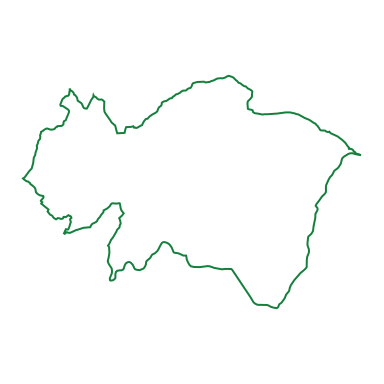 Nadrag, Timis, Romania
{"feature_id": "2599482B73487370239744", "entity_name": "Nadrag", "entity_type": "district", "adm_level": 2, "iso_a3": "ROU", "parent_name": "Romania", "parent_adm1": "Timis", "projection": "mercator", "projection_center": [22.192, 45.643], "detail": "fine", "context": "isolated", "style": "outline", "palette": "green", "viewbox_px": 384, "rotation_deg": 0, "n_neighbors": 0, "source": "geoboundaries", "source_scale": "gbopen_adm2", "svg_char_len": 5872}
<svg xmlns="http://www.w3.org/2000/svg" viewBox="0 0 384 384"><path d="M294.3,280.1L300.5,273.0L304.5,269.7L306.2,267.9L306.7,267.0L306.8,260.0L307.2,256.8L308.6,253.4L308.9,252.3L309.0,251.2L308.8,249.1L307.5,245.2L307.5,243.0L308.1,237.4L308.5,236.4L311.3,233.9L312.6,231.8L313.0,231.0L313.6,226.1L315.3,217.9L315.4,214.0L317.4,210.2L317.6,209.2L317.5,208.2L315.7,205.8L316.3,204.3L319.6,200.0L321.9,196.6L324.2,194.4L325.4,193.0L325.8,192.3L326.0,190.8L325.9,188.0L326.1,185.3L328.5,179.8L330.0,177.2L332.2,174.9L334.1,171.1L334.9,170.3L337.2,168.6L338.4,167.5L339.3,166.1L340.8,163.7L342.1,158.5L343.6,156.9L348.2,154.0L349.8,153.4L352.2,153.2L356.6,154.4L361.0,155.2L359.0,154.3L356.0,153.5L354.7,151.8L353.6,151.2L353.0,150.1L351.9,149.2L350.1,148.8L348.9,148.9L348.8,148.6L349.2,147.9L347.1,145.5L345.8,143.4L344.7,142.2L342.2,139.9L337.6,136.4L331.0,133.4L330.3,132.9L329.4,131.7L328.5,132.0L327.9,132.0L326.6,131.7L324.8,130.5L323.3,130.6L320.8,130.3L319.9,129.7L319.4,128.5L317.9,126.5L317.5,125.8L316.6,125.1L315.6,123.9L314.6,123.2L313.6,122.8L309.4,119.9L304.8,118.0L298.3,114.4L296.4,114.1L294.2,113.2L292.7,113.1L290.8,112.5L288.6,112.4L285.8,112.4L276.8,113.6L266.3,114.3L265.0,114.2L262.2,114.5L257.9,113.6L254.7,113.2L253.1,112.1L252.6,110.3L251.5,109.8L248.9,109.3L247.9,108.8L247.5,104.1L247.6,102.3L247.7,101.7L248.3,100.9L250.6,98.6L251.9,96.8L252.0,94.4L252.3,91.8L251.9,90.8L249.8,89.4L247.9,88.5L245.6,86.3L244.3,86.2L243.1,85.5L240.5,83.4L238.5,82.7L237.0,80.9L235.7,80.0L233.6,77.7L232.0,76.9L229.3,76.0L228.4,75.9L227.2,76.3L225.1,77.6L222.4,78.4L220.8,78.2L218.3,78.4L216.6,78.8L213.8,80.4L211.9,80.9L209.5,81.9L206.1,82.4L205.4,82.4L204.0,81.7L197.2,82.0L193.1,83.2L192.4,84.1L191.6,86.3L190.9,87.5L190.5,87.9L188.4,88.5L187.2,89.3L186.4,90.2L185.7,90.5L182.8,90.7L181.1,91.7L180.2,92.6L177.7,94.0L176.2,94.3L175.7,94.6L174.6,95.7L172.6,97.0L171.9,98.1L169.6,98.6L166.5,100.9L164.3,101.3L162.5,102.1L161.8,102.9L161.6,104.7L161.2,105.5L161.0,105.9L159.2,107.1L158.8,107.6L158.0,109.3L157.3,111.3L155.7,112.7L152.1,114.6L151.0,115.5L149.7,116.3L147.6,118.7L145.8,119.0L144.1,121.1L143.0,123.0L142.1,125.1L140.7,125.7L136.9,127.9L135.8,127.9L134.8,127.4L134.1,127.7L133.9,127.5L133.3,126.3L131.0,126.9L126.2,127.1L125.4,129.2L124.6,132.8L123.0,133.0L117.3,133.3L116.5,130.8L115.2,125.6L111.6,122.5L109.6,119.3L105.7,113.8L104.5,111.7L104.1,108.5L104.3,101.6L102.6,100.0L101.6,99.5L99.0,99.6L98.4,99.4L97.4,98.7L95.9,97.2L94.3,96.4L93.8,95.9L93.5,95.3L93.2,97.2L92.1,98.6L91.0,100.4L87.9,106.7L86.8,108.6L85.2,108.5L83.9,108.0L83.3,107.1L82.0,104.2L81.4,103.2L77.7,100.7L77.2,98.3L76.9,97.4L75.1,95.0L74.5,94.9L74.0,94.5L73.5,92.7L72.2,91.3L71.0,90.6L70.3,89.9L69.7,88.5L69.7,91.7L69.3,92.1L69.3,93.5L68.8,95.1L68.4,95.7L66.5,96.0L65.4,96.7L65.0,96.7L64.6,97.3L62.5,99.1L60.4,104.3L60.4,105.3L60.7,105.8L62.8,106.0L63.5,106.6L64.6,107.1L65.5,107.9L67.8,109.3L68.6,110.2L69.0,110.9L69.0,111.9L68.4,113.8L66.6,117.9L66.0,119.7L65.7,120.3L64.0,121.2L63.5,122.3L63.5,123.9L63.3,124.4L62.6,125.2L61.6,125.9L57.8,126.1L57.4,126.2L57.0,126.9L56.5,126.9L55.5,127.7L54.6,128.9L52.5,129.6L50.5,129.6L47.2,128.5L46.6,128.5L44.3,129.7L42.4,131.2L41.1,131.8L40.9,133.2L40.1,135.2L40.3,136.9L40.0,138.9L38.4,140.8L37.7,143.8L36.8,145.6L37.0,147.3L37.0,148.4L35.6,152.4L35.2,155.0L33.8,157.7L33.2,163.0L31.7,168.5L29.1,171.3L24.6,177.5L23.0,178.4L23.8,179.3L26.2,181.0L27.3,181.5L28.3,181.6L29.1,182.5L30.2,183.2L30.4,184.1L32.6,185.7L34.3,187.2L35.2,188.5L35.5,189.6L36.0,192.3L36.8,193.2L38.2,194.4L39.8,195.3L43.3,196.0L43.5,196.8L43.4,197.8L40.8,200.7L40.8,200.9L42.3,202.2L41.2,203.6L48.5,209.5L47.6,211.6L47.9,212.0L48.8,212.9L49.8,214.4L52.2,215.7L52.6,216.2L53.2,217.3L54.4,218.4L56.1,219.3L57.8,218.1L59.4,218.3L60.4,218.8L61.9,218.9L63.0,218.3L63.5,217.0L64.0,216.8L65.6,217.1L66.4,216.8L67.8,215.5L68.5,215.2L69.6,216.0L70.4,216.1L71.1,216.8L71.4,218.0L70.3,218.8L70.1,219.3L70.2,220.1L70.7,221.3L70.8,222.3L70.1,224.0L69.5,226.4L68.5,228.9L68.2,229.4L67.3,229.6L65.9,229.2L64.0,233.3L64.8,233.8L66.5,232.3L66.9,232.2L68.4,232.8L70.2,232.8L76.5,229.9L77.4,229.8L83.5,227.8L90.3,227.2L90.9,225.6L92.2,223.9L95.7,222.2L96.9,221.3L98.1,218.9L99.9,217.0L101.0,215.1L103.3,212.3L103.6,211.2L103.6,210.4L107.0,208.6L109.6,206.4L110.9,204.4L111.4,203.7L112.6,203.3L116.7,203.6L119.3,203.2L119.7,203.3L120.1,204.7L120.7,208.4L121.5,210.6L123.7,213.3L122.1,215.5L119.2,218.1L120.0,220.2L120.6,222.9L120.6,223.8L119.9,225.0L119.7,225.8L119.6,227.0L118.6,228.4L117.5,229.3L117.1,229.9L116.1,232.1L113.6,236.4L112.5,238.1L111.2,239.6L108.9,244.6L108.3,245.1L108.0,245.7L108.6,246.3L109.1,247.2L109.4,252.8L108.7,257.3L107.9,260.4L107.8,261.5L108.2,262.7L109.1,264.5L111.6,268.3L111.9,269.8L112.0,271.7L111.8,273.4L110.0,277.8L109.8,278.8L109.9,279.5L110.1,280.3L110.8,280.6L113.1,280.2L114.9,278.7L115.4,277.8L115.4,273.9L116.0,271.9L117.2,270.8L119.8,270.3L121.4,270.3L123.2,269.5L123.7,268.5L124.8,265.2L125.8,263.4L127.7,262.2L128.9,262.0L129.9,262.2L131.0,262.9L132.9,265.0L134.2,267.9L135.0,269.2L136.8,269.8L139.7,270.1L143.0,268.8L143.9,268.2L145.2,266.2L145.9,264.3L146.2,261.8L146.8,260.8L150.0,258.1L150.8,256.9L151.8,255.1L152.5,254.4L154.9,253.3L157.1,251.3L158.3,249.6L159.9,246.3L161.7,243.2L162.5,242.5L163.2,242.2L164.6,242.1L167.2,242.9L168.9,244.0L169.8,244.9L171.7,247.5L173.4,251.8L173.9,252.5L174.8,252.8L177.8,253.2L178.9,253.5L181.8,254.8L183.0,255.5L186.1,255.6L186.9,259.8L188.0,262.3L189.4,264.8L190.9,266.3L194.3,267.0L199.9,267.1L207.5,266.1L209.7,266.3L214.3,267.9L221.8,269.3L225.6,268.9L231.2,269.0L232.1,269.7L250.1,296.6L253.6,302.4L255.2,303.7L257.5,304.8L266.9,305.0L268.2,305.3L270.8,306.8L273.8,307.7L276.4,308.1L277.6,307.7L278.4,306.7L278.8,305.2L279.4,304.2L281.5,302.7L283.9,299.4L284.8,298.0L286.1,294.6L288.9,291.3L289.3,290.3L289.8,287.8L290.8,285.3L294.3,280.1Z" fill="none" stroke="#15803d" stroke-width="2"/></svg>